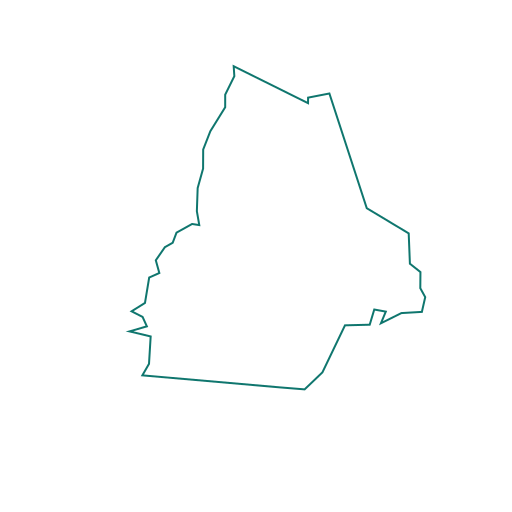 outline of Greene, Georgia, United States of America, rotated 47°
{"feature_id": "52423323B20574885687600", "entity_name": "Greene", "entity_type": "district", "adm_level": 2, "iso_a3": "USA", "parent_name": "United States of America", "parent_adm1": "Georgia", "projection": "robinson", "projection_center": [-83.176, 33.558], "detail": "fine", "context": "isolated", "style": "outline", "palette": "teal", "viewbox_px": 512, "rotation_deg": 47, "n_neighbors": 0, "source": "geoboundaries", "source_scale": "gbopen_adm2", "svg_char_len": 704}
<svg xmlns="http://www.w3.org/2000/svg" viewBox="0 0 512 512"><g transform="rotate(47 256 256)"><path d="M379.9,146.7L366.6,148.7L343.6,128.9L296.6,142.4L187.2,91.5L175.7,109.9L179.7,113.7L102.0,142.9L109.7,149.2L117.0,168.5L126.2,177.1L133.6,204.3L142.1,222.0L156.0,235.1L166.5,252.3L182.9,268.7L194.7,276.4L189.0,280.9L184.7,298.2L189.5,307.9L187.4,316.6L190.8,332.2L202.5,338.3L198.9,348.8L214.6,369.2L211.6,384.7L223.2,380.5L233.0,383.8L224.9,399.9L243.0,387.9L261.9,407.8L265.8,420.5L368.3,328.2L386.7,311.4L386.4,286.8L367.4,238.2L383.8,219.7L375.8,206.0L385.2,199.0L390.4,210.5L396.9,188.6L410.0,172.8L401.5,160.3L391.6,157.8L379.9,146.7Z" fill="none" stroke="#0f766e" stroke-width="2"/></g></svg>